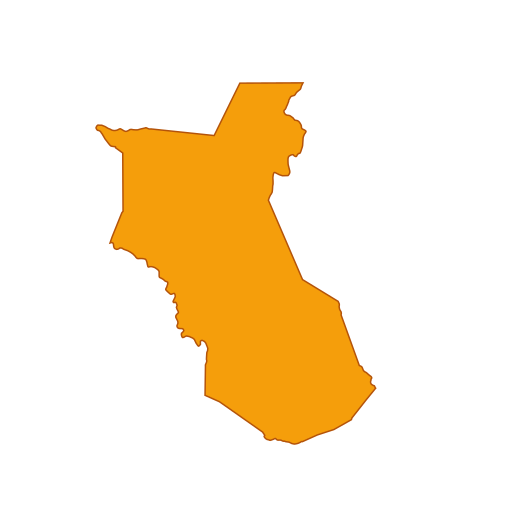 Nueva Armenia, Francisco Morazán, Honduras, rotated 152°
{"feature_id": "27666195B91464863052261", "entity_name": "Nueva Armenia", "entity_type": "district", "adm_level": 2, "iso_a3": "HND", "parent_name": "Honduras", "parent_adm1": "Francisco Morazán", "projection": "robinson", "projection_center": [-87.179, 13.75], "detail": "fine", "context": "isolated", "style": "filled", "palette": "amber", "viewbox_px": 512, "rotation_deg": 152, "n_neighbors": 0, "source": "geoboundaries", "source_scale": "gbopen_adm2", "svg_char_len": 6056}
<svg xmlns="http://www.w3.org/2000/svg" viewBox="0 0 512 512"><g transform="rotate(152 256 256)"><path d="M189.1,416.2L236.4,382.0L289.1,417.5L289.8,417.8L290.5,418.2L291.2,418.8L292.2,420.1L292.8,420.8L293.1,421.0L293.8,421.1L298.2,422.3L300.2,422.7L301.4,423.0L302.6,423.6L303.5,424.1L305.2,425.2L306.6,426.3L307.4,426.6L307.8,426.8L308.3,426.8L309.4,426.7L310.2,426.7L311.4,426.8L312.4,427.1L312.9,427.5L313.5,428.1L314.1,429.0L315.5,431.3L315.9,431.8L316.2,432.1L316.5,432.2L317.3,432.3L318.1,432.3L319.2,432.3L320.1,432.5L321.4,432.9L322.0,433.2L322.7,433.6L323.6,434.3L324.3,435.0L325.2,436.4L326.3,437.7L326.8,438.3L327.2,439.0L327.9,440.2L328.6,441.3L329.8,442.7L330.7,443.8L331.2,444.1L332.5,444.8L334.1,445.8L334.3,445.8L334.5,445.8L335.3,445.6L335.8,445.3L336.3,445.0L337.1,444.3L337.2,443.9L337.2,442.6L337.1,441.9L336.9,441.6L336.8,441.3L336.1,440.8L335.4,439.9L335.1,439.4L334.8,438.5L334.8,438.0L334.8,437.4L334.6,436.6L334.5,435.3L334.3,430.1L333.3,424.2L332.9,422.4L332.7,421.8L332.5,421.4L332.4,421.2L331.9,420.7L330.6,419.7L329.8,419.1L329.1,418.8L328.9,418.6L328.8,418.4L328.8,418.1L329.0,417.8L329.2,417.5L325.3,409.5L352.4,357.9L354.1,357.2L374.2,340.3L378.8,336.0L377.0,335.6L376.3,334.8L376.2,333.8L376.7,332.4L377.1,331.4L377.4,330.1L377.3,329.0L376.2,327.5L375.2,327.0L373.9,326.8L372.4,327.0L370.7,325.9L369.6,324.0L368.5,322.8L366.7,320.8L365.0,318.2L363.7,315.6L362.8,312.6L362.6,311.1L362.1,309.7L361.3,309.0L359.7,308.3L357.9,307.3L356.4,306.3L355.1,305.0L354.9,303.8L355.3,301.4L355.4,301.2L355.8,300.0L356.4,297.4L356.3,297.0L355.9,296.6L354.7,296.4L353.0,295.5L351.6,294.2L350.6,293.0L349.4,290.6L348.9,289.3L348.8,287.8L349.6,286.3L350.3,285.0L351.1,283.4L351.2,282.4L349.4,279.8L348.7,278.5L348.2,276.9L347.6,276.0L346.6,274.9L346.3,274.2L347.0,272.8L348.4,271.5L349.6,270.3L350.7,269.7L351.5,268.6L351.1,266.9L350.4,264.8L349.7,263.0L349.4,262.4L348.5,261.9L347.6,261.8L346.3,261.6L345.6,261.2L345.6,260.0L346.2,258.3L347.1,257.4L348.6,256.3L349.4,255.7L350.5,254.9L350.7,253.9L350.3,253.3L349.6,253.3L349.1,253.2L348.5,252.4L348.6,250.9L348.7,249.6L349.5,248.9L350.4,248.0L350.7,246.2L350.7,245.1L350.7,243.9L350.9,242.8L351.3,242.3L352.4,242.0L353.9,241.5L354.1,241.2L355.0,240.7L355.6,239.4L355.7,235.8L355.8,234.8L356.5,233.3L357.5,232.4L358.4,231.7L358.9,230.6L358.8,229.3L357.9,228.1L355.1,226.4L354.6,225.4L354.8,223.9L355.8,223.4L357.3,222.9L358.0,222.8L358.7,221.9L359.1,220.7L359.3,219.4L359.1,218.5L358.0,218.1L356.5,218.2L354.9,218.0L352.6,216.1L351.6,214.7L350.5,213.4L349.6,211.3L349.8,207.2L349.4,204.0L348.9,203.3L348.3,203.4L347.3,203.7L346.5,204.1L345.3,206.6L345.0,206.8L344.0,207.1L343.0,206.7L341.6,204.7L341.2,202.4L341.4,201.2L341.6,199.2L341.9,197.1L343.3,195.0L344.5,194.1L345.4,192.8L346.0,191.8L347.3,189.7L348.3,188.0L348.5,187.0L349.2,185.8L350.6,184.5L351.4,184.0L352.0,183.2L352.5,182.2L366.4,156.9L356.7,144.5L332.7,97.2L332.8,96.8L332.7,95.9L332.5,94.4L332.5,93.5L332.9,93.3L333.3,93.1L333.6,92.7L333.6,92.3L333.5,91.5L333.2,90.3L332.9,89.7L332.5,89.1L332.3,88.7L331.7,88.3L330.9,87.5L330.4,86.9L330.0,86.6L329.3,86.4L326.6,86.0L325.3,86.0L324.8,85.9L324.6,85.8L324.3,85.5L324.2,84.8L323.9,84.1L323.6,83.7L323.4,83.4L322.8,83.0L321.2,82.2L320.5,81.7L320.2,81.4L319.7,80.6L319.0,79.8L318.7,79.6L317.9,79.2L317.5,78.8L316.9,78.1L314.3,76.2L313.6,75.3L312.7,74.0L312.4,73.6L311.0,72.4L310.3,71.9L308.9,71.4L307.8,71.1L307.1,70.9L305.0,70.7L303.6,70.8L302.9,70.8L302.7,70.6L302.2,70.3L285.8,69.2L268.7,66.2L248.6,66.7L247.3,68.0L226.2,77.3L212.4,83.1L212.6,83.8L212.4,85.3L212.5,85.9L213.1,86.5L213.7,87.4L214.2,88.3L214.4,89.0L214.4,90.0L214.1,90.7L213.7,91.5L213.1,92.0L212.1,93.4L211.8,93.5L211.5,93.6L211.3,93.8L211.1,94.0L210.9,94.4L210.9,94.9L211.0,95.6L211.9,97.5L212.6,99.3L213.1,100.7L213.7,101.9L214.4,102.8L214.6,103.3L214.8,104.1L214.9,105.2L214.8,105.9L214.6,107.2L214.6,108.0L214.6,108.4L214.8,108.8L215.0,109.3L215.9,110.4L216.2,110.9L208.6,163.7L208.1,164.7L207.5,165.4L207.1,166.9L207.2,168.1L207.2,169.6L206.8,171.1L206.3,172.4L205.5,173.5L205.0,174.5L204.9,175.6L204.8,177.4L226.0,213.3L218.9,299.4L217.4,300.9L216.2,301.9L214.7,303.0L213.3,303.7L212.6,304.2L212.0,304.6L211.6,305.0L210.4,306.7L208.8,309.3L208.4,310.0L207.4,311.2L206.9,312.0L205.7,314.3L204.7,316.5L204.3,317.3L203.4,318.6L202.6,319.7L201.9,320.4L201.4,320.9L201.0,321.0L200.7,321.1L200.3,321.0L200.1,320.9L197.3,316.9L195.8,315.3L194.9,314.4L194.5,314.2L190.2,312.1L189.9,312.0L188.7,312.5L187.8,313.1L187.1,313.7L186.6,314.5L186.4,315.0L186.2,315.5L185.1,320.0L184.7,321.5L184.5,322.1L183.3,324.6L182.3,326.5L181.6,327.5L181.2,327.9L180.9,328.2L180.4,328.4L180.0,328.6L179.5,328.7L178.9,328.7L177.4,328.7L176.8,328.5L176.2,328.3L175.8,328.1L175.5,327.8L175.4,327.5L175.4,327.1L175.4,326.9L175.0,326.1L174.6,325.6L174.3,325.3L174.1,325.1L173.9,325.1L173.6,325.0L173.1,325.2L172.5,325.7L172.1,325.9L170.8,326.4L170.4,326.5L170.1,326.5L169.9,326.4L169.5,326.2L169.2,326.1L168.9,326.2L168.5,326.4L167.9,326.8L167.2,327.4L164.7,329.8L163.7,330.8L162.9,331.8L159.3,337.6L159.0,338.1L158.6,338.6L157.5,339.7L156.3,340.6L155.8,341.0L154.5,341.6L153.9,342.0L153.4,342.5L153.3,342.9L153.4,343.1L153.5,343.5L153.8,344.1L154.5,345.2L155.3,346.2L155.5,346.5L155.6,346.9L155.6,347.5L155.5,348.2L155.4,348.5L155.1,349.1L154.9,349.5L154.8,350.1L154.7,350.6L154.7,351.8L154.8,353.3L154.9,354.0L155.2,354.8L155.5,355.5L155.8,356.0L157.1,357.1L157.9,357.7L158.0,357.9L158.2,358.9L158.4,360.1L158.4,360.4L159.4,362.5L160.2,364.0L160.6,364.4L161.2,364.9L162.1,365.5L162.5,365.8L163.0,366.3L163.3,366.8L163.5,367.3L163.7,367.7L163.8,368.9L163.7,369.8L163.6,370.2L163.4,370.7L163.1,371.1L162.7,371.4L162.2,371.6L161.6,371.7L161.3,371.8L160.2,372.5L158.7,373.8L157.2,374.9L156.2,375.8L154.7,377.1L154.3,377.5L153.9,378.2L153.6,378.4L151.0,380.1L150.3,380.3L149.8,380.4L148.6,380.2L147.2,379.9L146.7,379.8L146.3,379.9L145.7,380.1L144.2,381.0L143.0,381.5L141.7,381.8L139.2,382.3L138.5,382.5L138.3,382.6L137.9,382.9L136.0,384.8L134.5,385.9L133.2,386.8L189.1,416.2Z" fill="#f59e0b" stroke="#b45309" stroke-width="1.5"/></g></svg>